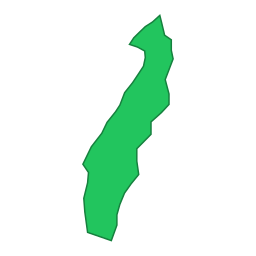 outline of Platanistasa, Nicosia, Cyprus
{"feature_id": "46923920B38913041590387", "entity_name": "Platanistasa", "entity_type": "district", "adm_level": 2, "iso_a3": "CYP", "parent_name": "Cyprus", "parent_adm1": "Nicosia", "projection": "equal_earth", "projection_center": [33.065, 34.986], "detail": "fine", "context": "isolated", "style": "filled", "palette": "green", "viewbox_px": 256, "rotation_deg": 0, "n_neighbors": 0, "source": "geoboundaries", "source_scale": "gbopen_adm2", "svg_char_len": 644}
<svg xmlns="http://www.w3.org/2000/svg" viewBox="0 0 256 256"><path d="M171.3,39.8L164.6,35.2L161.6,22.6L159.8,15.4L152.5,22.0L145.3,26.6L139.8,31.9L133.8,37.8L129.5,44.4L137.4,47.0L144.7,51.0L145.3,57.6L143.5,66.2L139.2,72.8L132.6,82.7L124.7,92.6L119.9,105.1L115.6,111.7L107.1,122.3L101.8,133.3L91.4,146.7L82.9,164.2L88.5,172.5L87.6,182.8L83.8,198.3L84.8,211.7L87.6,232.4L111.3,240.6L116.9,225.1L116.9,214.8L119.8,204.5L124.5,193.1L131.1,183.8L138.7,174.5L136.8,161.1L136.8,148.7L151.0,134.3L151.0,121.9L161.4,112.6L169.0,104.4L169.0,94.0L165.2,79.6L173.1,58.9L171.3,50.3L171.3,39.8Z" fill="#22c55e" stroke="#15803d" stroke-width="1.5"/></svg>